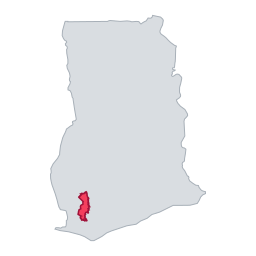 Wassa Amenfi Central, Western, Ghana shown in context
{"feature_id": "2480657B10255028610816", "entity_name": "Wassa Amenfi Central", "entity_type": "district", "adm_level": 2, "iso_a3": "GHA", "parent_name": "Ghana", "parent_adm1": "Western", "projection": "orthographic", "projection_center": [-2.243, 5.739], "detail": "fine", "context": "in_parent", "style": "filled", "palette": "rose", "viewbox_px": 256, "rotation_deg": 0, "n_neighbors": 0, "source": "geoboundaries", "source_scale": "gbopen_adm2", "svg_char_len": 5933}
<svg xmlns="http://www.w3.org/2000/svg" viewBox="0 0 256 256"><path d="M160.6,17.1L162.8,19.2L163.3,20.4L162.5,25.0L160.9,28.2L159.9,31.2L160.1,32.6L161.1,34.1L164.5,36.5L166.2,38.0L168.3,40.3L170.6,42.5L174.6,45.4L176.3,46.0L176.3,46.8L175.7,47.9L175.4,58.8L175.2,61.7L174.9,63.1L174.5,67.2L174.1,67.8L173.4,67.7L172.7,67.9L172.5,68.7L172.8,69.5L175.2,70.1L174.7,70.7L172.9,71.3L172.1,72.5L172.4,73.9L171.5,75.1L171.7,75.8L172.4,76.4L173.4,76.2L176.2,74.3L177.4,74.1L178.9,74.4L181.6,77.3L181.7,78.7L180.7,83.5L179.6,87.3L179.5,92.2L180.6,95.0L180.5,96.5L179.3,97.9L176.5,99.8L176.7,101.1L178.0,103.5L180.4,106.2L185.0,109.6L187.5,114.0L187.6,115.7L186.1,117.5L184.5,119.1L184.0,121.3L184.8,136.0L181.2,142.4L181.2,144.2L181.5,146.3L182.5,147.6L184.4,148.0L185.9,149.2L185.4,153.7L184.6,158.2L184.5,160.4L184.1,161.5L182.6,162.4L182.1,163.8L182.5,165.6L182.2,166.9L183.0,168.6L184.7,170.7L187.4,176.0L188.5,176.4L188.9,177.5L188.6,178.6L189.7,180.9L192.7,183.2L195.8,185.2L198.4,185.5L199.0,187.3L200.7,189.6L201.9,190.6L203.8,191.3L205.4,191.6L205.5,193.6L202.7,194.9L200.7,197.0L199.3,200.1L197.3,203.4L190.2,205.2L187.5,205.3L173.1,205.4L159.6,212.1L151.9,214.5L147.1,218.3L140.6,221.0L136.2,224.2L126.8,225.8L111.5,230.9L106.7,232.9L101.8,236.5L94.0,240.6L90.9,240.6L84.7,236.7L80.0,234.8L68.7,231.8L60.2,230.6L56.1,229.4L55.0,229.1L55.9,227.7L58.3,227.7L60.8,228.1L62.6,227.0L65.4,226.9L66.1,225.8L66.4,223.0L66.3,220.7L67.3,219.7L67.6,217.0L66.2,211.1L65.2,210.5L60.3,209.6L59.9,208.5L59.0,207.2L58.1,204.2L57.0,199.7L55.3,194.0L52.0,184.8L51.2,181.5L50.6,178.2L50.5,174.2L51.2,172.7L51.1,170.7L50.8,168.6L53.1,163.9L57.7,158.2L58.7,156.1L59.6,154.7L59.7,152.6L60.5,145.9L62.7,137.8L64.1,134.7L65.0,133.0L66.1,130.3L66.4,129.1L70.7,125.9L72.6,125.0L73.0,123.8L72.4,122.4L72.6,121.5L73.7,121.0L75.2,120.7L76.3,119.3L74.6,109.4L73.1,99.4L73.1,98.5L72.2,97.2L71.4,93.1L70.0,90.6L68.0,89.9L68.0,87.7L70.0,83.8L70.5,81.6L69.6,80.9L69.4,79.2L70.1,76.4L69.8,74.6L69.4,72.8L67.3,68.4L66.8,65.3L67.9,63.5L67.9,59.6L66.8,53.5L66.6,49.6L67.4,48.0L67.0,46.5L65.5,45.1L65.4,43.7L66.7,42.3L66.5,41.2L64.9,40.4L63.5,38.6L62.2,35.6L62.5,30.8L64.9,22.1L65.2,21.4L67.9,21.4L67.9,21.8L76.3,21.7L85.9,21.6L97.3,21.5L107.7,21.4L108.2,21.0L109.9,20.5L120.4,21.4L127.0,20.9L129.8,21.2L131.8,21.8L136.3,21.4L138.8,21.6L140.6,23.8L141.3,23.8L142.4,22.9L144.2,21.8L146.0,21.0L147.3,19.3L148.1,18.0L149.3,18.2L151.0,18.1L152.2,17.0L152.6,15.4L160.6,17.1Z" fill="#d9dde1" stroke="#a8b0b8" stroke-width="1"/><path d="M81.1,219.0L81.4,219.0L81.5,219.1L81.7,219.4L81.7,219.5L81.8,219.4L81.9,219.5L82.0,219.6L82.2,219.8L82.2,220.0L82.3,220.0L82.4,219.9L82.5,220.0L82.8,220.1L83.1,220.2L83.3,220.3L83.5,220.2L83.9,220.2L83.9,219.9L84.1,220.1L84.3,220.0L84.3,219.8L84.3,219.7L84.4,219.9L84.7,220.0L84.8,220.0L84.8,220.4L84.8,220.5L85.1,220.4L85.1,220.6L85.3,220.5L85.6,220.7L86.0,220.7L86.7,220.8L86.8,220.6L86.7,220.5L86.8,220.4L86.6,220.2L86.5,219.8L86.5,219.7L86.4,219.6L86.2,219.6L86.1,219.4L86.0,219.5L86.1,219.4L85.9,219.3L86.0,219.2L85.7,219.3L85.7,219.2L85.8,219.0L85.9,218.9L85.7,218.8L85.5,218.6L85.5,218.4L85.4,218.4L85.1,218.3L85.0,218.2L84.9,218.2L84.8,217.8L84.9,217.6L84.7,217.5L84.9,217.5L84.9,217.4L84.8,217.2L84.8,216.9L84.9,216.5L84.9,216.3L85.1,216.3L85.1,216.2L85.0,215.9L85.0,215.7L84.8,215.5L84.9,215.3L84.8,215.2L85.2,214.7L85.3,214.5L85.3,214.4L85.1,214.3L85.1,213.9L85.4,213.9L85.3,213.7L85.4,213.4L85.4,213.2L85.7,212.6L85.8,212.6L85.9,212.4L86.1,212.4L86.4,212.3L86.6,212.3L86.8,212.2L86.9,212.3L87.2,212.4L87.4,212.6L87.5,212.5L87.8,212.8L88.1,213.0L88.2,212.9L88.3,212.8L88.4,212.7L88.3,212.3L88.0,212.4L87.9,212.3L88.0,212.1L88.1,211.9L88.0,211.6L87.9,211.5L88.1,211.4L88.1,211.2L88.2,210.7L88.3,210.6L88.3,210.3L88.3,210.2L88.2,210.2L88.3,209.9L88.4,209.7L88.5,209.7L88.3,209.5L88.2,209.1L88.4,209.1L88.5,209.1L88.5,208.9L88.8,208.8L88.7,208.7L88.9,208.7L89.0,208.5L89.0,208.4L88.9,208.2L89.0,208.0L89.0,207.9L88.9,207.8L88.9,207.7L88.8,207.4L88.9,207.2L89.1,206.9L89.3,206.7L89.2,206.6L89.3,206.6L89.1,206.4L89.3,206.3L89.2,206.2L89.3,205.9L89.2,205.8L89.0,205.7L88.9,205.6L88.8,205.4L88.6,205.5L88.6,205.4L88.5,205.2L88.4,205.1L88.2,204.8L88.2,204.7L88.0,204.4L88.1,204.1L88.4,204.1L88.5,203.9L88.6,204.0L88.8,204.0L88.8,203.8L88.8,203.7L88.6,203.6L88.4,203.4L88.5,203.2L88.3,203.2L88.2,203.1L88.1,202.9L88.3,202.8L88.2,202.6L88.2,202.3L88.2,202.2L88.2,202.3L88.3,202.2L88.2,202.0L88.3,201.9L88.4,201.6L88.2,201.3L88.2,201.2L88.3,200.9L88.1,200.7L88.2,200.4L88.4,200.5L88.4,200.4L88.4,200.2L88.2,199.9L88.3,199.9L88.4,199.7L88.2,199.5L88.2,199.3L88.3,199.2L88.3,198.9L88.3,198.7L88.5,198.5L88.3,198.4L88.4,198.2L88.2,198.1L88.3,198.0L88.3,197.9L88.2,197.9L88.1,197.7L87.9,197.6L87.8,197.3L87.7,197.3L87.6,197.2L87.5,196.8L87.4,196.7L87.3,196.8L87.4,196.6L87.4,196.4L87.3,196.2L87.2,196.0L87.2,195.9L87.2,195.7L87.1,195.3L87.0,195.2L87.0,194.7L87.0,194.3L87.1,194.2L87.1,193.9L87.0,193.7L86.9,193.5L86.8,193.4L86.8,193.2L86.5,192.9L86.7,192.6L86.6,192.4L86.5,192.1L86.4,192.1L86.1,192.0L86.0,191.8L85.5,192.1L85.3,192.2L85.2,192.2L85.1,192.3L85.1,192.6L85.0,192.9L84.6,192.8L84.4,193.0L84.2,193.3L84.1,193.5L83.8,193.4L83.4,193.7L83.2,193.6L82.9,193.7L82.7,193.5L82.4,193.5L82.0,193.4L81.8,193.5L81.6,193.4L81.4,193.6L81.1,193.7L81.0,193.8L81.0,194.0L80.9,194.0L81.0,194.1L80.9,194.1L80.9,194.3L81.0,194.6L80.9,194.7L80.9,194.8L80.7,194.9L80.8,195.2L80.7,195.2L80.8,195.2L80.7,195.4L80.7,195.5L80.4,195.8L80.3,196.0L80.3,195.9L80.2,196.0L80.1,195.9L80.0,196.0L79.9,195.9L79.8,196.0L79.7,196.0L79.5,196.4L79.5,196.5L79.4,196.8L79.2,196.8L79.3,197.0L79.2,197.1L79.0,197.3L78.9,197.4L83.2,201.6L82.9,202.0L82.9,204.3L81.4,205.0L80.7,205.6L80.6,206.1L80.4,206.8L80.8,208.8L79.1,209.7L78.5,211.7L78.3,213.4L78.0,214.1L78.2,214.5L81.1,216.0L80.8,216.1L80.5,216.3L80.4,216.9L80.5,217.3L80.4,217.5L80.5,217.5L80.8,218.0L80.7,218.1L80.8,218.4L80.8,218.7L81.0,218.9L81.1,219.0Z" fill="#f43f5e" stroke="#9f1239" stroke-width="1.5"/></svg>